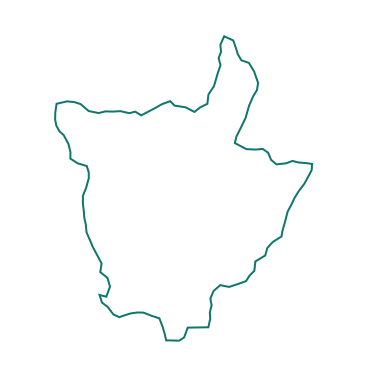 Trombudo Central, Santa Catarina, Brazil, rotated 160°
{"feature_id": "56859067B84351274914005", "entity_name": "Trombudo Central", "entity_type": "district", "adm_level": 2, "iso_a3": "BRA", "parent_name": "Brazil", "parent_adm1": "Santa Catarina", "projection": "orthographic", "projection_center": [-49.814, -27.313], "detail": "fine", "context": "isolated", "style": "outline", "palette": "teal", "viewbox_px": 384, "rotation_deg": 160, "n_neighbors": 0, "source": "geoboundaries", "source_scale": "gbopen_adm2", "svg_char_len": 1638}
<svg xmlns="http://www.w3.org/2000/svg" viewBox="0 0 384 384"><g transform="rotate(160 192 192)"><path d="M289.1,321.2L293.2,313.6L295.8,307.0L296.8,300.8L295.8,294.4L293.1,289.2L291.7,279.3L292.6,271.0L294.9,265.0L289.7,258.1L282.0,252.4L282.3,245.9L284.3,240.2L290.0,232.2L295.9,225.6L298.5,218.4L300.2,211.0L302.0,204.7L302.9,197.8L304.9,190.1L304.4,182.5L304.0,174.3L302.7,165.0L301.4,155.8L305.6,148.1L300.8,140.2L301.4,131.2L308.3,122.9L314.1,126.9L314.4,118.9L310.6,113.0L307.7,103.7L303.0,99.2L297.4,99.2L290.7,98.8L284.3,97.4L278.8,95.2L272.7,89.8L265.9,84.5L265.7,75.6L266.2,68.0L267.0,61.4L261.5,59.3L255.0,56.7L249.2,58.0L242.4,66.0L222.9,59.3L218.2,66.7L216.5,72.6L212.3,78.9L211.2,85.5L205.6,91.6L197.3,94.8L189.6,90.1L180.0,89.8L171.7,89.8L166.4,93.8L160.3,96.7L156.2,105.1L144.9,107.3L140.4,113.6L133.2,117.4L123.1,119.6L120.3,124.6L115.8,130.7L108.8,140.9L101.9,147.1L97.9,151.2L91.4,156.3L83.5,161.4L76.4,167.7L72.0,171.7L69.6,177.3L75.0,180.2L81.8,183.3L86.9,186.8L94.0,186.8L103.2,189.1L106.7,195.2L107.0,202.8L110.8,208.3L117.3,210.0L126.1,213.6L135.0,223.3L131.2,229.0L124.3,235.5L116.4,243.2L108.9,253.5L101.8,261.0L96.1,265.6L92.6,271.9L92.4,283.9L94.4,293.9L100.5,298.8L101.8,305.7L101.5,312.7L101.4,320.3L108.5,327.3L115.0,320.6L116.8,313.7L121.2,308.7L121.8,301.5L127.3,294.7L130.6,290.1L135.2,283.9L143.2,278.0L147.4,269.6L155.5,268.7L162.3,266.4L169.1,273.8L178.8,279.1L181.4,284.8L190.3,284.8L197.7,283.5L213.5,281.4L217.9,286.9L224.0,287.5L231.5,292.4L239.1,294.7L245.9,297.4L252.7,298.1L261.4,303.4L266.6,312.7L271.8,316.7L278.4,319.9L289.1,321.2Z" fill="none" stroke="#0f766e" stroke-width="2"/></g></svg>